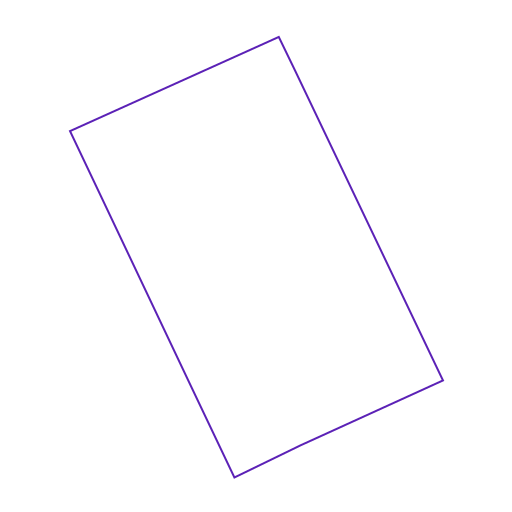 Warren, Illinois, United States of America, rotated 154°
{"feature_id": "52423323B212950030214", "entity_name": "Warren", "entity_type": "district", "adm_level": 2, "iso_a3": "USA", "parent_name": "United States of America", "parent_adm1": "Illinois", "projection": "mercator", "projection_center": [-90.608, 40.848], "detail": "fine", "context": "isolated", "style": "outline", "palette": "violet", "viewbox_px": 512, "rotation_deg": 154, "n_neighbors": 0, "source": "geoboundaries", "source_scale": "gbopen_adm2", "svg_char_len": 270}
<svg xmlns="http://www.w3.org/2000/svg" viewBox="0 0 512 512"><g transform="rotate(154 256 256)"><path d="M142.5,62.2L139.6,405.0L139.5,442.9L368.4,449.8L369.2,373.5L371.5,168.9L372.5,66.4L298.6,66.3L142.5,62.2Z" fill="none" stroke="#5b21b6" stroke-width="2"/></g></svg>